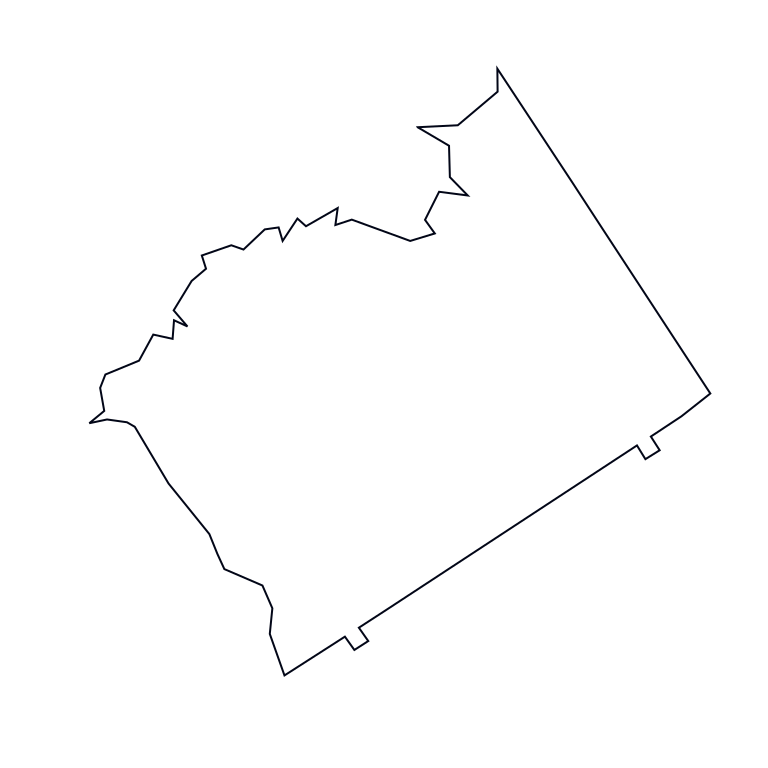 Elmore, Alabama, United States of America, rotated 147°
{"feature_id": "52423323B53549191673570", "entity_name": "Elmore", "entity_type": "district", "adm_level": 2, "iso_a3": "USA", "parent_name": "United States of America", "parent_adm1": "Alabama", "projection": "robinson", "projection_center": [-86.109, 32.588], "detail": "fine", "context": "isolated", "style": "outline", "palette": "ink", "viewbox_px": 768, "rotation_deg": 147, "n_neighbors": 0, "source": "geoboundaries", "source_scale": "gbopen_adm2", "svg_char_len": 910}
<svg xmlns="http://www.w3.org/2000/svg" viewBox="0 0 768 768"><g transform="rotate(147 384 384)"><path d="M504.3,193.3L205.3,194.7L205.7,178.6L188.9,178.3L188.8,194.6L152.2,194.9L115.5,198.3L115.7,247.5L116.2,393.5L116.3,451.2L117.2,586.7L129.5,567.3L181.2,560.8L215.9,581.0L215.9,580.9L199.7,548.4L216.1,521.6L211.1,496.5L233.1,515.2L260.2,499.3L259.4,482.6L284.1,489.7L321.5,539.4L338.2,543.8L327.0,556.8L363.5,558.8L366.5,569.9L391.1,559.2L387.1,572.7L399.8,578.6L428.6,573.3L436.5,583.5L466.8,591.0L470.5,577.6L489.2,575.2L520.3,560.3L517.5,539.3L525.4,551.8L536.7,537.0L550.6,551.1L576.7,537.0L612.5,543.7L624.2,535.3L633.3,513.8L652.5,511.6L635.6,505.1L620.4,491.9L616.3,483.8L618.9,417.9L612.2,353.2L616.3,332.1L618.7,315.7L595.7,281.2L599.8,256.7L615.9,236.6L626.2,193.8L611.3,193.7L554.4,193.4L553.7,177.1L537.2,177.0L537.8,193.3L504.3,193.3Z" fill="none" stroke="#020617" stroke-width="2"/></g></svg>